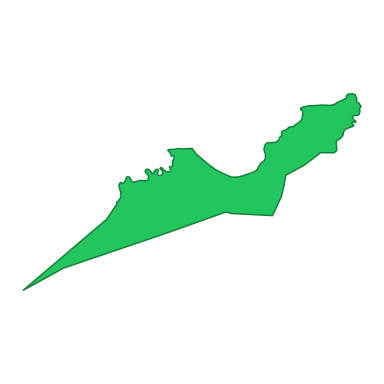 Omoa, Cortés, Honduras (Mercator projection)
{"feature_id": "27666195B94440917052753", "entity_name": "Omoa", "entity_type": "district", "adm_level": 2, "iso_a3": "HND", "parent_name": "Honduras", "parent_adm1": "Cortés", "projection": "mercator", "projection_center": [-88.127, 15.658], "detail": "fine", "context": "isolated", "style": "filled", "palette": "green", "viewbox_px": 384, "rotation_deg": 0, "n_neighbors": 0, "source": "geoboundaries", "source_scale": "gbopen_adm2", "svg_char_len": 6004}
<svg xmlns="http://www.w3.org/2000/svg" viewBox="0 0 384 384"><path d="M272.5,215.6L281.4,196.6L283.9,186.1L285.8,175.2L304.3,165.2L320.6,152.7L332.1,152.8L333.2,152.7L334.5,152.7L335.1,151.7L336.1,151.1L336.6,150.4L336.8,150.1L336.6,147.3L336.4,145.8L336.1,144.2L336.2,143.7L336.5,142.8L336.4,141.4L336.5,141.0L336.9,140.7L337.9,140.1L340.0,138.7L341.1,137.8L341.9,136.9L342.5,136.2L342.8,135.6L343.1,134.5L343.3,132.8L343.7,132.0L344.2,130.7L344.4,130.3L345.2,129.4L348.7,127.9L351.0,127.1L353.2,126.3L353.6,125.4L353.6,125.0L353.5,124.8L353.2,124.5L352.8,124.3L352.3,124.1L352.0,123.9L351.9,123.7L352.0,123.1L352.2,122.8L352.7,121.9L352.9,121.8L353.2,121.7L353.5,121.7L353.8,121.9L354.8,122.5L355.1,122.5L355.4,122.4L355.6,122.1L355.7,121.8L355.8,121.4L355.7,121.1L355.5,120.9L355.2,121.0L354.9,121.1L354.7,121.1L354.2,120.8L354.1,120.6L353.7,119.5L352.4,117.4L352.4,117.2L352.7,116.7L353.1,116.2L353.7,115.8L354.1,115.5L354.7,115.4L356.7,115.4L357.7,115.2L358.4,115.0L358.9,114.5L359.2,114.2L359.7,112.4L359.8,111.7L359.9,110.6L359.6,109.2L359.6,108.5L359.8,108.2L360.7,107.3L360.9,106.9L361.0,106.5L360.9,106.1L360.8,105.8L359.8,104.7L359.5,103.8L359.3,103.5L358.7,103.0L358.1,102.6L357.7,102.5L357.2,102.4L356.9,102.2L356.4,100.4L356.8,99.5L356.9,99.1L356.6,98.5L356.1,97.4L355.5,96.0L355.4,95.6L355.4,94.8L354.4,94.7L352.8,93.8L352.6,93.7L352.5,94.0L352.0,93.6L350.1,94.1L349.4,94.1L348.5,93.9L348.2,94.1L348.0,94.5L347.5,94.6L347.3,95.0L346.5,95.9L346.7,96.2L346.6,96.4L346.8,97.2L346.6,97.6L346.5,97.8L345.8,98.1L345.1,98.7L344.3,99.1L343.4,99.6L342.8,99.8L342.2,100.4L341.0,100.8L340.1,101.1L339.8,101.3L339.4,101.7L339.0,101.9L336.7,102.6L336.6,102.8L336.5,103.2L336.5,103.3L336.0,103.5L334.8,104.2L334.3,104.3L333.9,104.6L333.5,104.5L333.1,104.9L332.4,104.9L331.9,105.1L331.4,105.2L330.5,105.2L328.5,105.4L327.6,105.2L326.5,105.1L324.1,105.2L323.2,105.1L321.3,105.0L320.5,105.1L319.8,105.3L319.3,105.3L317.5,105.3L316.0,105.5L309.6,105.7L306.7,106.2L303.2,107.0L302.4,107.3L301.5,107.9L300.9,108.1L300.7,108.4L300.6,108.9L300.6,109.4L300.7,109.8L300.8,110.0L301.7,110.1L302.5,111.0L302.9,112.6L302.6,113.8L302.5,115.9L302.5,116.8L302.0,118.8L301.9,119.4L301.4,119.8L299.6,121.8L298.9,122.5L297.7,123.4L295.6,124.6L294.8,125.3L294.3,125.8L293.9,126.1L293.3,126.4L292.1,126.7L290.9,126.9L289.6,127.0L289.1,127.1L288.7,127.4L287.3,129.0L286.7,129.4L286.1,129.8L284.9,130.4L282.3,131.0L281.7,132.1L281.5,132.8L281.5,133.5L281.7,134.4L281.9,135.0L281.3,136.0L281.0,136.3L280.4,136.6L279.9,137.2L279.1,139.5L278.8,139.9L276.7,141.7L276.2,142.0L275.5,142.2L274.7,142.4L273.4,142.5L270.3,142.7L269.1,142.6L268.0,142.6L267.4,142.9L266.7,143.2L265.8,143.9L265.4,144.4L265.1,144.8L264.5,147.4L264.1,148.2L264.0,148.9L264.0,149.6L264.1,150.4L264.5,151.5L265.3,153.6L265.4,154.7L265.4,155.9L265.5,156.8L265.4,157.7L265.1,158.8L264.8,159.6L264.3,160.5L263.7,161.1L263.3,161.6L262.3,162.2L261.4,162.6L260.8,163.1L260.4,163.7L259.8,165.0L258.3,166.9L257.9,168.3L257.5,169.2L256.8,169.9L255.5,171.1L251.1,173.0L250.0,173.4L248.3,173.8L245.0,175.0L243.5,175.5L239.6,176.7L237.8,177.0L236.5,177.1L234.1,177.1L232.5,177.1L231.5,177.0L230.8,176.8L226.6,175.2L225.5,174.6L217.2,170.6L215.9,169.8L210.2,165.7L206.2,162.5L204.3,160.8L203.0,159.8L198.3,155.7L197.7,155.5L197.4,155.3L197.0,154.7L195.8,153.5L195.2,152.5L192.7,149.4L192.4,149.0L192.3,148.5L192.1,148.4L191.8,148.4L191.4,148.5L190.8,148.6L187.7,148.5L185.6,148.8L182.7,148.9L181.5,148.8L178.4,148.5L177.1,148.7L175.6,149.1L174.8,149.2L172.6,149.4L170.7,149.4L169.7,149.4L168.6,149.7L168.0,149.9L167.9,150.0L168.1,150.7L168.4,151.1L169.6,152.4L170.3,153.2L170.5,153.7L170.8,155.0L171.1,155.9L171.6,156.1L172.5,156.1L172.9,156.1L173.3,155.9L173.6,155.9L173.8,156.0L174.1,156.4L174.1,156.7L174.2,157.7L174.1,158.1L173.8,158.9L173.1,160.0L172.9,160.4L172.7,161.3L172.5,162.6L172.4,163.3L173.0,165.2L172.2,165.9L171.7,166.3L170.5,166.6L169.7,166.7L169.5,166.9L169.5,167.2L170.0,168.4L170.5,170.3L170.5,170.5L170.5,170.8L170.4,171.1L170.2,171.3L169.7,171.7L169.1,171.9L168.8,171.8L168.4,171.6L168.1,171.7L167.5,171.7L166.6,171.6L166.1,171.5L164.9,170.9L164.1,170.3L162.8,168.8L162.2,168.2L161.9,167.9L161.6,167.8L161.3,167.7L161.0,167.6L160.7,167.7L160.4,167.9L160.1,168.2L160.0,168.4L160.0,168.7L160.2,168.9L160.7,169.2L161.6,170.2L162.3,171.0L162.5,171.3L162.5,171.7L162.5,173.0L162.4,173.8L162.2,174.2L162.0,174.6L161.7,175.0L161.3,175.3L161.0,175.4L160.5,175.5L159.8,175.5L158.9,175.4L158.3,175.2L157.9,174.9L157.7,174.6L157.5,174.1L157.5,173.4L158.1,171.9L158.3,171.2L158.4,170.6L158.3,170.2L158.2,169.9L158.0,169.7L157.6,169.5L157.0,169.3L156.6,169.3L156.0,169.5L155.4,169.9L155.1,170.3L154.4,171.3L153.8,172.7L153.5,173.2L153.1,173.6L152.7,173.7L152.3,173.6L151.9,173.3L151.0,171.9L150.0,170.7L149.5,170.1L148.9,169.6L148.3,169.3L147.8,169.2L147.0,169.2L146.4,169.3L146.1,169.5L145.8,169.7L145.4,170.4L145.2,171.2L145.3,172.0L147.4,174.4L148.1,175.4L148.4,176.1L148.5,177.1L148.5,177.8L148.4,178.4L148.2,179.0L148.0,179.5L147.8,179.9L147.5,180.2L147.1,180.6L146.8,180.7L144.2,180.8L141.7,180.5L140.0,180.5L139.0,180.7L134.2,182.1L133.5,182.2L132.7,182.1L132.0,181.9L131.6,181.6L131.5,181.2L131.1,180.0L130.3,178.4L129.9,177.8L129.4,177.2L128.8,176.9L128.2,176.7L127.5,176.8L126.8,177.1L126.4,177.6L125.9,178.6L125.2,180.6L124.7,181.8L124.3,182.3L123.9,182.8L123.2,183.1L122.4,183.3L122.2,183.2L121.2,182.4L120.7,182.6L120.2,182.6L120.0,182.8L119.9,183.0L120.0,183.3L119.6,183.8L119.3,184.3L119.0,185.3L118.9,185.9L119.0,186.3L119.1,186.8L119.7,188.0L119.9,189.7L120.2,190.9L120.4,191.3L121.2,191.9L121.3,192.1L120.6,193.4L120.5,193.9L120.5,194.3L121.0,195.5L121.1,195.9L121.0,196.5L120.9,196.8L120.7,197.2L120.7,197.6L120.5,197.8L120.2,198.1L119.8,199.3L119.6,199.4L119.2,199.6L119.0,199.8L118.9,200.0L118.9,200.4L118.8,200.5L117.2,201.8L116.8,202.2L116.6,202.7L116.6,203.4L116.8,204.0L117.1,204.5L116.1,205.2L106.8,219.1L23.0,290.4L63.5,268.1L168.8,232.3L225.8,212.0L231.4,213.5L272.5,215.6Z" fill="#22c55e" stroke="#15803d" stroke-width="1.5"/></svg>